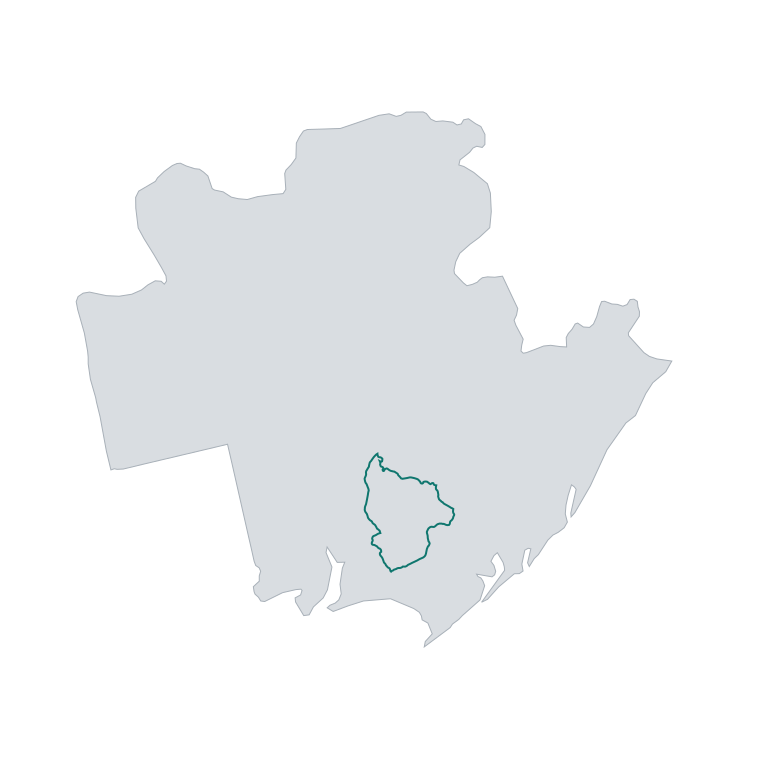 Ogoouè et Lacs, Moyen-Ogooué, Gabon (highlighted), rotated 257°
{"feature_id": "22940354B45576072672451", "entity_name": "Ogoouè et Lacs", "entity_type": "district", "adm_level": 2, "iso_a3": "GAB", "parent_name": "Gabon", "parent_adm1": "Moyen-Ogooué", "projection": "mercator", "projection_center": [10.178, -0.763], "detail": "fine", "context": "in_parent", "style": "outline", "palette": "teal", "viewbox_px": 768, "rotation_deg": 257, "n_neighbors": 0, "source": "geoboundaries", "source_scale": "gbopen_adm2", "svg_char_len": 6932}
<svg xmlns="http://www.w3.org/2000/svg" viewBox="0 0 768 768"><g transform="rotate(257 384 384)"><path d="M540.2,111.3L539.8,117.7L532.5,133.5L529.1,145.6L528.2,158.5L530.2,168.9L533.7,176.3L536.0,184.3L534.2,190.0L530.7,192.4L533.1,195.2L538.4,195.9L547.4,193.4L561.3,189.1L579.5,182.9L591.4,179.6L611.1,181.7L621.7,184.0L627.1,188.4L632.9,206.9L635.8,209.7L640.5,217.6L644.5,227.0L645.4,231.9L644.9,235.3L640.9,240.4L636.4,247.9L634.8,252.5L631.0,255.9L626.3,259.2L613.1,260.5L611.1,262.5L607.4,270.5L600.4,277.3L597.3,283.7L594.5,292.3L595.0,302.9L593.6,318.1L592.2,328.5L595.7,332.1L611.4,334.6L614.5,336.6L618.7,343.0L624.0,349.0L638.5,352.8L644.0,357.4L648.6,362.4L649.2,366.6L645.9,383.1L642.8,399.0L644.0,411.1L645.2,422.7L646.9,439.5L646.1,449.8L642.0,456.1L642.0,461.0L643.9,466.9L640.3,483.3L638.0,486.1L631.5,489.2L628.1,493.6L627.1,500.5L623.6,510.0L620.0,513.4L620.0,517.8L623.5,521.0L623.4,526.0L617.0,531.8L613.1,536.3L604.5,538.5L594.7,536.2L592.4,532.9L594.8,527.8L593.9,523.8L590.5,519.5L585.3,508.5L580.6,506.2L578.0,510.7L570.0,519.0L555.9,529.8L546.1,530.6L527.8,527.3L512.5,522.2L505.3,509.6L500.8,499.2L494.3,487.2L487.0,481.4L479.2,477.8L475.7,477.5L464.5,484.2L461.1,486.9L461.2,492.5L462.2,497.8L463.9,500.4L465.4,503.7L465.1,509.0L463.1,516.0L462.4,523.7L427.4,531.3L421.3,528.6L416.9,525.1L411.6,525.7L396.4,529.7L390.8,526.9L385.3,524.9L382.7,526.6L382.5,529.9L385.1,548.1L384.2,555.1L380.8,564.1L379.0,570.3L388.3,572.0L391.7,574.9L395.0,579.5L399.5,583.8L399.8,586.4L394.7,591.1L392.9,597.0L395.3,601.6L401.7,606.4L410.9,611.4L415.4,614.6L415.0,617.6L410.7,624.0L409.1,629.3L406.1,634.2L406.7,638.7L410.9,642.8L410.4,646.6L407.6,649.4L401.9,648.8L397.0,649.2L392.6,648.0L378.9,633.6L376.0,633.2L356.1,644.3L351.2,648.8L347.1,655.4L341.6,669.6L332.6,661.3L324.8,646.2L315.8,636.9L296.7,621.9L291.6,610.9L269.8,586.5L238.4,562.2L215.8,541.1L212.4,536.4L216.2,537.0L238.1,547.5L241.0,546.3L243.6,544.0L234.1,538.4L225.1,534.1L216.6,531.4L208.2,531.6L203.4,527.2L200.3,520.4L198.8,514.6L195.0,508.5L183.0,496.0L180.1,491.1L173.5,484.5L177.5,483.7L190.4,490.0L191.5,487.5L190.4,483.8L177.5,477.8L170.5,477.4L168.8,473.2L169.8,468.3L160.5,450.1L150.9,436.4L149.4,430.0L175.3,459.6L178.8,460.1L183.4,459.9L194.1,456.5L192.1,452.6L187.2,448.3L182.5,450.3L176.4,450.7L173.2,448.9L171.8,445.9L177.9,431.4L175.3,432.2L173.3,434.7L170.0,436.0L164.8,436.7L152.0,429.0L140.7,408.2L137.8,403.9L134.7,396.7L131.8,393.7L118.8,364.1L123.8,366.3L129.7,374.8L141.2,373.0L145.6,368.1L149.6,368.3L153.6,367.1L158.6,362.4L173.3,342.0L177.2,315.2L175.9,299.2L173.8,283.3L178.7,278.3L180.6,281.6L181.5,287.2L183.8,291.4L189.1,295.1L198.8,296.1L213.9,302.0L219.2,305.7L220.7,298.3L238.0,291.9L232.8,289.6L217.4,292.1L196.2,282.6L189.2,276.6L182.7,265.1L175.9,259.1L176.4,253.7L191.5,248.8L195.6,249.3L197.2,255.3L201.3,257.7L202.8,256.9L203.5,251.8L203.5,238.3L198.9,218.8L200.3,215.1L204.5,213.7L208.2,211.1L210.8,210.7L215.9,211.1L218.5,215.6L219.9,218.1L225.1,219.3L229.3,221.7L233.0,221.0L236.0,218.2L240.5,217.6L254.3,217.7L266.8,217.7L291.8,217.8L316.7,217.9L341.7,218.0L360.5,218.0L360.4,206.9L360.3,189.8L360.2,169.5L360.1,150.0L360.0,132.1L359.8,110.8L360.9,104.7L362.1,102.2L361.7,98.6L381.0,98.4L415.9,100.0L431.2,99.8L435.6,100.0L454.6,99.0L470.1,100.3L476.7,101.8L482.6,102.6L501.1,103.5L525.3,102.3L533.5,102.6L538.0,105.6L540.2,111.3Z" fill="#d9dde1" stroke="#a8b0b8" stroke-width="1"/><path d="M218.5,341.8L217.9,341.8L216.8,342.4L215.8,342.9L214.6,343.3L213.3,343.5L211.5,343.7L210.2,343.8L209.4,344.2L208.7,344.7L207.8,345.0L206.7,345.2L206.0,345.7L205.1,346.1L204.4,346.5L203.8,347.2L203.3,347.8L202.4,348.1L201.2,348.2L200.2,348.3L199.6,348.7L200.0,349.3L200.2,350.0L200.3,350.9L200.9,352.1L200.9,353.0L201.1,354.6L201.4,355.2L201.5,356.4L201.4,356.9L201.1,358.5L201.2,359.4L201.4,360.3L201.9,361.3L201.4,363.1L201.3,363.6L201.5,365.0L202.4,366.8L202.9,369.2L203.4,371.1L203.9,373.5L204.6,376.7L205.4,379.3L205.8,381.5L206.2,383.4L207.0,384.9L207.8,385.8L209.4,386.8L210.6,387.3L212.1,388.0L213.5,388.6L214.9,389.6L215.9,390.3L216.4,391.3L217.5,392.1L218.4,392.6L219.6,392.5L220.6,392.0L222.4,392.0L224.1,392.0L226.3,392.4L227.7,392.4L229.3,392.3L230.5,392.6L232.3,394.0L233.2,394.8L234.1,396.6L234.3,397.9L233.9,399.1L233.6,400.0L233.5,400.7L233.9,401.9L234.6,403.1L235.3,404.5L235.5,406.6L235.1,408.5L234.4,409.9L234.3,410.7L233.7,411.6L232.9,412.6L232.3,413.8L232.1,414.8L232.1,415.8L232.8,416.5L233.6,416.9L233.9,417.0L234.8,417.4L235.5,418.1L236.0,419.2L236.8,420.2L237.8,421.1L238.7,421.5L239.4,421.9L240.1,422.6L240.8,423.0L241.5,423.0L242.4,422.6L243.6,422.5L244.3,422.6L245.6,423.0L246.7,423.4L247.5,422.6L248.1,421.7L250.6,419.2L253.7,415.7L254.8,414.9L255.7,414.5L256.3,413.6L257.3,413.1L258.4,412.2L259.3,411.7L261.3,411.5L262.6,411.5L263.5,412.0L265.1,412.1L267.0,412.2L268.2,412.0L269.2,411.3L270.0,411.0L271.7,411.3L273.5,412.1L273.7,411.5L274.3,410.3L275.1,409.9L276.1,409.8L276.5,409.4L276.6,408.5L276.2,407.5L276.0,406.7L276.7,405.9L277.6,405.3L279.1,404.0L279.6,402.7L279.8,401.2L279.6,400.3L278.8,399.9L278.4,399.1L278.7,398.0L279.3,397.5L280.7,397.2L282.0,396.5L283.4,395.6L284.1,394.7L285.4,392.5L286.8,389.6L287.2,388.2L287.2,385.4L287.3,383.5L287.5,380.6L288.3,379.3L289.2,379.0L290.9,378.0L291.8,377.4L293.5,377.1L296.3,374.4L296.7,373.3L297.1,372.6L297.7,371.3L298.6,370.1L299.6,369.2L300.6,368.4L301.1,367.7L301.0,366.5L300.8,365.7L300.1,365.1L299.3,364.2L299.5,363.6L300.6,363.3L301.2,363.6L301.5,364.3L302.1,364.5L303.2,364.1L303.7,363.5L304.2,362.6L305.0,362.2L306.4,362.1L307.3,362.5L308.6,362.7L309.8,362.5L309.2,363.2L308.8,363.6L309.1,364.7L310.4,365.3L311.4,365.6L312.4,365.1L313.3,364.2L313.7,363.0L314.3,362.1L315.5,361.8L316.9,361.8L317.5,361.9L317.1,360.7L316.2,359.2L315.0,357.5L313.4,355.7L311.9,354.1L311.1,352.9L310.4,352.3L309.0,351.6L307.7,351.0L307.1,350.8L306.4,350.3L305.6,349.4L304.3,348.2L303.4,347.3L303.0,347.0L301.8,346.5L300.1,346.3L298.8,345.7L296.8,344.2L296.1,343.8L295.0,343.7L292.9,343.7L291.7,343.9L290.7,344.4L289.1,344.7L286.7,345.0L285.7,345.2L284.5,345.2L283.5,345.1L282.3,344.4L279.3,343.2L275.4,341.5L271.0,339.5L270.0,338.8L268.8,338.0L267.5,337.4L266.7,337.3L265.8,336.9L264.8,336.9L263.5,337.1L262.4,337.6L261.1,338.1L258.9,338.3L257.4,338.3L256.5,338.6L255.5,339.1L254.6,339.6L253.7,340.4L253.3,340.9L252.6,341.3L251.4,341.5L250.5,342.0L249.8,342.6L249.3,343.1L248.4,343.7L247.4,344.0L246.0,344.4L244.6,344.7L243.8,345.5L242.9,346.1L242.1,346.7L241.1,346.8L239.6,346.9L239.6,346.0L239.4,344.5L238.9,342.9L238.6,342.1L238.3,340.3L238.2,339.5L237.7,338.7L236.7,338.0L236.1,337.7L235.4,337.7L234.6,337.9L233.8,337.7L233.0,337.1L232.6,336.7L232.2,336.5L231.5,336.2L230.8,336.2L230.2,336.5L229.8,337.0L229.6,337.7L229.1,338.7L227.9,340.0L227.3,340.7L226.1,341.2L225.1,342.0L224.6,342.8L223.8,343.4L223.0,343.7L222.0,343.7L221.1,343.5L220.7,342.6L220.2,342.0L219.3,341.7L218.5,341.8Z" fill="none" stroke="#0f766e" stroke-width="2"/></g></svg>